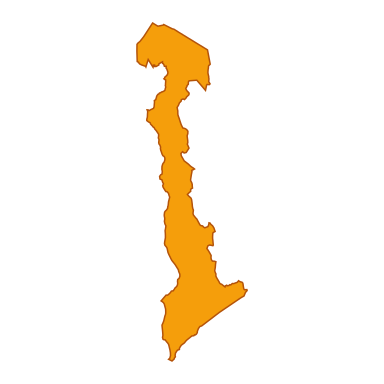 the district of San Miguel Amatlán, Oaxaca, Mexico
{"feature_id": "50627088B29039475897325", "entity_name": "San Miguel Amatlán", "entity_type": "district", "adm_level": 2, "iso_a3": "MEX", "parent_name": "Mexico", "parent_adm1": "Oaxaca", "projection": "equal_earth", "projection_center": [-96.46, 17.2], "detail": "fine", "context": "isolated", "style": "filled", "palette": "amber", "viewbox_px": 384, "rotation_deg": 0, "n_neighbors": 0, "source": "geoboundaries", "source_scale": "gbopen_adm2", "svg_char_len": 5856}
<svg xmlns="http://www.w3.org/2000/svg" viewBox="0 0 384 384"><path d="M247.1,290.6L246.9,289.6L244.4,289.7L243.8,288.9L243.3,286.2L243.1,284.5L242.8,283.1L242.0,282.2L240.7,281.9L239.5,281.4L238.6,280.7L237.3,282.3L233.7,283.6L232.3,283.5L230.8,284.9L229.8,284.7L228.9,285.5L227.1,285.8L226.7,285.2L225.4,285.8L225.0,286.9L223.3,285.6L221.6,284.2L220.5,283.9L219.6,283.0L219.0,281.7L218.1,280.2L217.0,278.4L215.9,276.2L215.9,273.8L215.4,272.8L214.7,270.9L215.3,267.3L215.5,264.5L215.9,261.7L214.4,261.2L212.4,261.1L211.4,259.7L211.0,258.0L211.1,255.4L210.3,254.0L209.6,252.7L208.1,250.2L206.9,248.6L207.9,245.8L209.6,245.0L211.2,245.3L212.9,245.7L213.3,245.1L213.1,243.2L212.9,240.9L212.6,238.4L212.6,236.4L212.8,233.2L213.4,232.4L215.1,231.5L213.9,227.9L212.5,225.7L210.9,224.4L210.1,223.1L209.0,222.8L208.9,223.8L208.4,225.5L207.9,226.6L204.8,227.8L203.5,227.0L202.6,225.9L200.9,225.6L199.9,224.8L198.0,221.3L196.8,219.0L195.7,217.9L193.4,215.0L193.0,213.3L193.4,210.1L192.8,208.6L192.4,206.5L192.2,204.1L191.8,201.0L191.6,199.7L191.0,198.1L189.8,197.0L188.9,196.2L188.1,195.4L187.4,194.4L188.9,192.9L190.7,191.3L190.6,189.9L191.0,189.0L192.5,188.1L192.3,186.5L192.2,184.3L191.7,182.6L190.7,180.8L190.6,179.5L191.4,174.5L192.0,171.5L191.7,170.7L192.1,170.1L193.1,169.8L194.5,169.0L193.4,168.1L191.8,167.1L190.8,166.4L189.5,165.2L188.5,164.2L186.7,162.8L184.2,160.9L181.3,155.8L180.9,153.5L182.6,151.7L184.1,153.0L186.2,152.5L189.0,148.1L188.2,146.2L187.3,144.2L187.8,142.6L187.7,140.4L187.1,135.8L187.8,133.7L187.9,131.2L186.6,129.5L184.7,128.4L183.0,128.1L182.1,126.6L181.1,124.4L180.6,122.9L179.8,120.5L179.1,118.2L178.5,116.6L177.9,114.8L177.8,113.0L177.8,110.9L177.1,107.5L178.5,105.2L179.4,102.9L181.1,101.2L181.4,99.6L181.8,99.5L182.6,99.1L183.3,99.0L184.5,99.6L186.3,97.7L186.6,96.9L188.8,94.9L189.0,94.3L189.1,93.1L188.6,92.6L188.1,91.9L187.5,91.5L187.1,90.9L186.2,89.6L185.8,88.5L187.0,86.3L187.1,85.5L188.3,84.3L188.4,82.0L188.7,81.4L189.2,80.8L196.8,80.2L205.5,90.4L206.6,85.1L207.1,84.4L207.5,84.5L208.3,84.6L208.8,84.6L209.5,84.6L210.1,84.0L210.3,84.3L208.7,81.6L208.9,79.8L208.9,78.2L208.7,77.6L208.7,76.4L208.1,74.0L207.9,72.3L208.0,71.0L208.1,69.3L208.3,68.8L208.5,66.2L208.8,65.4L209.4,65.1L210.2,64.2L207.5,49.9L178.8,32.3L174.1,29.3L173.9,29.2L172.2,28.8L163.7,24.5L163.2,25.1L157.9,26.2L152.6,23.0L143.7,36.7L139.8,41.6L138.1,42.9L137.0,44.3L136.9,51.1L137.2,61.5L137.8,61.6L138.4,62.6L138.9,62.9L139.2,63.3L139.5,63.8L140.1,64.2L140.6,64.4L141.3,64.8L142.0,65.1L142.7,65.3L143.5,65.6L144.3,65.9L145.0,66.1L145.7,66.5L145.9,66.9L148.2,59.5L153.0,67.2L153.4,65.1L154.2,65.0L154.6,65.1L154.8,65.2L154.8,65.5L154.7,65.8L154.6,66.2L154.6,66.4L154.6,66.5L155.7,66.5L156.1,66.5L158.8,65.0L158.8,64.0L161.2,62.4L161.6,62.5L162.0,62.3L162.3,61.9L162.5,61.8L162.5,62.3L162.6,63.4L162.7,63.5L163.0,63.6L163.3,63.8L163.5,64.1L163.8,64.5L164.0,65.0L164.1,65.4L164.2,65.8L164.3,66.1L164.4,66.3L164.6,66.3L166.2,66.3L166.1,68.1L166.5,68.7L166.7,68.9L167.0,69.5L167.1,69.8L167.2,70.3L167.4,70.7L167.4,70.9L167.6,71.2L167.6,71.3L167.8,71.7L167.8,72.0L167.9,72.6L167.7,74.0L167.3,74.4L167.2,74.6L167.1,75.0L167.0,75.3L166.5,75.6L166.2,75.9L165.4,76.8L165.0,77.0L164.9,77.1L164.8,77.5L164.7,77.5L164.7,77.9L164.6,78.0L164.4,78.4L164.1,78.6L163.9,78.8L164.7,79.5L165.6,79.8L165.7,81.2L165.6,82.5L165.5,83.8L165.5,84.7L165.3,85.5L165.6,86.5L165.7,87.1L165.6,87.6L165.3,88.4L165.2,89.0L164.9,90.3L164.2,90.9L162.7,91.7L161.5,92.0L160.6,92.7L159.8,92.9L159.3,93.2L158.7,94.1L158.1,94.2L157.5,94.9L157.0,95.6L156.6,96.4L156.5,97.0L156.2,98.1L156.0,98.6L155.8,99.6L154.3,100.6L154.5,102.0L154.3,104.1L154.1,106.9L153.5,108.3L152.4,108.9L150.8,109.6L149.2,110.6L148.2,109.9L147.1,109.8L147.7,111.6L147.5,113.9L147.4,116.5L147.2,117.8L146.8,119.2L146.8,120.6L148.6,122.0L150.1,122.7L150.5,124.0L151.4,125.0L152.3,125.9L153.2,127.1L154.1,127.5L154.7,128.9L156.2,130.6L157.4,132.4L158.6,134.2L158.6,136.0L158.3,137.9L159.0,139.7L158.7,142.6L159.0,144.0L159.9,145.1L160.6,147.1L160.4,148.4L160.7,150.1L161.2,151.5L162.1,154.2L162.9,155.7L164.2,156.5L164.8,157.9L164.9,159.3L164.7,160.4L164.0,162.4L163.1,163.3L162.6,164.4L162.0,166.4L161.9,169.3L162.3,171.6L162.0,174.1L160.7,174.8L159.6,176.4L160.0,179.1L161.9,179.8L162.6,182.2L163.5,183.8L162.7,185.7L163.1,187.2L165.1,190.5L165.9,191.6L167.1,191.7L168.5,193.4L169.1,195.6L169.7,197.1L169.0,199.9L168.5,201.9L168.3,204.1L168.1,205.7L167.7,206.9L167.6,208.3L166.5,210.0L165.3,211.1L164.6,212.2L164.4,213.6L164.2,215.1L164.4,216.8L164.7,217.9L164.7,219.4L164.4,221.3L164.9,223.8L165.9,225.9L165.5,228.7L165.1,230.7L165.3,233.0L165.4,235.3L165.4,237.8L165.1,239.5L164.7,241.6L164.5,243.6L164.9,245.2L166.4,247.0L167.1,248.3L168.0,252.5L168.9,254.6L170.1,257.0L171.0,258.9L171.9,260.5L175.2,264.7L176.0,266.0L177.0,267.6L178.3,269.7L178.7,271.5L179.8,274.1L179.9,276.2L179.1,278.4L177.7,279.5L177.5,281.4L177.7,283.2L177.5,284.7L176.8,286.3L175.9,287.2L174.9,288.1L174.3,289.3L173.2,290.8L171.4,291.1L170.4,292.6L168.9,294.1L167.5,295.2L166.1,295.1L161.1,300.9L162.0,301.5L163.3,302.5L164.2,303.8L164.9,306.4L165.6,309.0L165.7,311.0L165.7,313.3L165.4,314.8L164.9,316.0L163.9,320.4L163.4,321.9L162.6,323.8L162.0,325.1L162.1,326.5L162.3,328.4L162.5,330.2L162.7,332.4L162.9,335.4L162.5,337.4L163.1,339.4L164.1,339.8L165.2,339.9L166.5,341.7L167.6,342.9L168.6,344.4L169.1,346.3L169.5,348.1L170.0,350.1L170.4,352.6L170.5,355.6L169.8,358.2L168.6,359.3L172.0,361.0L174.2,359.0L174.4,358.0L175.4,356.8L175.1,355.5L175.5,353.1L177.4,350.2L179.4,349.5L179.4,348.3L180.0,347.2L181.3,345.2L184.4,342.9L185.5,341.5L186.4,340.4L191.8,336.0L193.9,335.7L194.6,334.8L195.4,334.9L196.4,334.1L197.3,332.6L197.3,331.7L197.7,330.4L198.4,328.6L199.0,327.7L199.9,326.5L201.7,325.9L219.5,312.3L240.4,298.1L241.7,297.3L244.0,296.0L244.2,295.5L245.3,292.8L245.8,292.0L247.1,290.6Z" fill="#f59e0b" stroke="#b45309" stroke-width="1.5"/></svg>